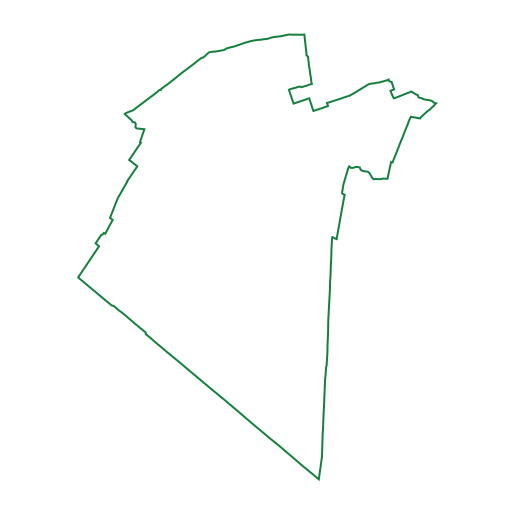 the district of Posta Calnau, Buzau, Romania, rotated 91°
{"feature_id": "2599482B12204688423442", "entity_name": "Posta Calnau", "entity_type": "district", "adm_level": 2, "iso_a3": "ROU", "parent_name": "Romania", "parent_adm1": "Buzau", "projection": "albers", "projection_center": [26.87, 45.248], "detail": "fine", "context": "isolated", "style": "outline", "palette": "green", "viewbox_px": 512, "rotation_deg": 91, "n_neighbors": 0, "source": "geoboundaries", "source_scale": "gbopen_adm2", "svg_char_len": 5428}
<svg xmlns="http://www.w3.org/2000/svg" viewBox="0 0 512 512"><g transform="rotate(91 256 256)"><path d="M308.3,397.6L308.7,397.1L309.0,396.7L309.2,396.4L310.5,394.8L311.5,393.6L312.0,393.1L312.9,392.0L313.8,390.7L314.7,389.2L315.1,388.9L315.4,388.5L316.8,386.7L319.1,383.9L322.1,380.2L325.4,376.3L329.8,370.8L334.4,365.0L334.7,364.8L335.1,364.8L335.5,364.9L336.0,364.9L340.2,359.5L340.4,359.4L344.1,355.0L354.9,341.7L364.2,329.9L364.3,329.7L367.0,326.5L371.4,321.1L386.7,302.2L389.1,299.2L390.9,297.0L394.3,292.7L397.9,288.3L397.8,288.2L409.2,274.3L412.4,270.3L412.7,270.0L412.8,269.8L414.4,268.0L414.4,267.9L414.5,267.7L414.9,267.3L418.2,263.4L426.6,253.1L436.4,241.0L438.9,237.9L439.1,237.6L442.8,232.8L444.9,230.1L451.1,222.6L454.1,219.0L456.2,216.4L463.7,207.4L464.9,205.9L466.9,203.4L467.2,203.0L467.3,202.8L468.0,202.0L470.8,198.5L473.6,194.9L475.7,192.4L478.2,189.3L456.9,186.7L456.2,186.6L450.9,186.5L445.6,186.4L434.4,186.3L428.0,186.0L413.8,185.7L405.8,185.4L395.7,185.2L389.1,185.0L382.1,184.9L375.9,184.6L374.5,184.4L368.3,184.1L366.0,184.0L364.9,183.6L362.9,183.4L350.9,182.9L342.4,182.9L331.6,182.6L318.3,182.6L301.6,182.0L288.5,181.5L284.6,181.5L279.3,181.4L272.7,181.1L270.0,181.1L267.3,181.1L262.6,180.9L257.9,180.8L253.8,180.7L251.3,180.7L249.1,180.7L243.5,180.5L238.7,180.4L237.4,180.3L235.8,179.9L237.8,175.8L237.8,175.7L237.7,175.7L212.9,171.7L203.5,170.2L197.6,169.2L193.2,168.4L192.8,169.5L192.3,170.6L192.0,171.0L190.0,170.9L188.6,170.6L187.7,170.5L185.9,170.3L184.4,170.1L181.6,169.5L178.5,168.6L172.6,167.0L169.5,166.1L166.4,165.2L164.8,164.4L166.2,162.7L166.3,161.1L165.7,159.0L165.1,157.7L165.3,155.8L165.6,153.8L167.4,153.1L168.6,152.1L169.1,150.7L169.4,148.9L169.6,147.1L169.8,145.7L170.5,144.6L171.7,143.6L174.5,142.0L176.3,140.9L177.2,139.7L176.8,137.3L177.1,134.6L177.0,133.2L176.4,130.5L176.5,125.9L175.5,125.7L169.5,124.5L159.8,122.6L160.2,121.9L160.3,121.6L160.2,121.3L159.8,121.0L156.2,119.7L151.7,117.9L147.4,116.3L142.9,114.7L137.6,112.7L135.0,111.6L132.2,110.6L129.4,109.6L127.2,108.8L125.2,108.0L121.5,106.5L117.8,105.3L115.9,104.4L114.1,103.6L115.6,94.3L115.0,93.9L114.1,93.3L112.8,91.9L111.7,90.7L111.0,90.0L109.3,88.2L108.3,87.3L107.3,85.8L106.4,84.5L105.0,83.4L103.4,81.5L100.2,78.6L100.0,79.2L99.8,80.2L99.6,80.7L99.5,80.9L99.1,81.5L98.5,82.0L98.2,82.5L97.9,82.9L97.7,83.5L97.5,84.3L97.2,85.4L96.7,89.0L96.7,89.6L96.5,90.4L96.3,91.1L96.1,91.8L95.7,92.4L95.3,93.5L95.1,94.1L95.0,94.7L94.9,95.1L94.7,95.7L94.7,95.9L94.5,96.2L94.4,96.3L94.1,96.5L93.6,96.6L93.0,96.7L92.7,96.8L92.2,97.2L92.1,97.5L92.0,97.9L91.9,98.3L91.7,98.8L91.4,99.4L90.7,100.4L90.2,101.2L89.7,102.2L89.4,102.7L89.1,103.3L88.8,103.7L89.2,104.2L89.3,104.4L89.7,105.3L90.3,107.0L90.6,107.6L90.8,108.3L91.6,110.1L93.4,114.4L95.3,119.0L96.0,120.8L95.9,121.0L92.6,122.7L88.5,124.4L88.2,123.8L87.5,122.0L87.2,121.4L87.0,120.8L84.6,121.7L79.5,123.5L79.5,124.2L79.4,124.7L79.1,125.3L79.0,125.5L78.7,125.9L78.5,126.1L78.3,126.2L77.9,126.4L77.4,126.5L77.6,126.7L77.7,127.0L77.9,127.8L78.1,128.3L78.5,129.8L79.1,131.5L80.1,135.2L80.3,135.8L80.5,136.6L80.6,137.2L80.6,137.7L80.7,138.5L80.8,139.0L81.0,139.6L81.3,140.9L81.4,141.9L81.5,142.9L81.6,143.6L81.8,144.5L82.1,145.5L82.2,146.1L82.4,146.5L85.5,151.4L85.7,151.7L86.7,153.4L88.6,156.3L89.1,157.1L89.8,158.0L93.0,163.4L94.0,165.1L94.1,165.3L94.2,165.6L95.1,168.3L96.2,171.5L97.4,174.6L97.8,175.8L98.9,179.1L99.4,180.6L101.8,187.7L104.8,186.6L106.6,191.5L108.4,196.6L110.0,201.1L106.9,202.3L106.7,202.3L105.3,202.8L103.5,203.4L103.3,203.5L97.4,205.5L98.2,207.7L103.0,221.1L89.2,226.0L88.6,224.8L87.9,222.5L86.9,218.7L86.4,217.6L86.1,216.4L85.9,215.2L85.9,214.4L86.2,214.0L86.4,213.5L86.3,213.2L85.8,211.5L85.5,210.8L85.2,209.2L84.2,206.8L83.5,204.8L83.1,203.2L79.9,203.9L78.5,204.0L77.2,204.1L72.0,205.2L69.0,205.5L64.7,206.4L61.7,206.7L59.0,207.1L57.8,207.1L55.8,207.6L55.2,208.2L54.4,208.9L53.8,209.2L53.1,209.0L51.2,209.3L37.0,211.1L33.8,211.5L33.8,212.7L34.0,213.9L34.0,214.5L34.0,219.1L34.0,221.8L34.1,222.6L34.1,223.4L34.1,224.1L33.9,226.6L34.2,228.1L35.5,233.4L35.8,234.9L36.9,242.7L37.5,244.9L38.4,247.6L38.6,247.9L38.9,249.8L39.0,250.9L39.1,251.7L39.3,253.2L39.7,255.1L39.8,256.5L40.2,259.8L40.4,260.7L40.6,261.8L41.1,264.5L42.2,268.1L43.3,271.7L44.1,273.7L44.4,274.6L47.0,281.7L48.1,286.2L49.2,289.6L50.1,290.6L50.6,291.5L50.8,292.6L52.3,300.2L52.5,303.0L53.1,306.3L54.0,307.4L55.5,309.0L56.7,310.2L58.1,311.9L58.4,312.3L58.7,312.7L58.7,313.4L58.8,313.8L59.4,314.6L60.5,316.1L62.1,318.0L64.3,320.7L66.5,323.4L67.6,324.9L68.0,325.4L68.6,326.1L68.8,326.5L69.3,327.0L71.8,330.2L72.4,331.2L73.4,332.3L74.6,333.8L76.1,335.5L76.9,336.6L78.9,338.9L80.4,340.7L84.8,346.1L86.7,348.5L87.3,349.5L88.2,350.7L88.7,351.3L88.9,351.5L90.6,353.7L91.6,354.0L91.5,355.1L91.6,355.4L92.0,355.9L92.7,356.6L94.1,358.1L97.0,361.7L100.9,366.8L102.5,368.8L102.9,369.3L108.5,376.5L110.5,378.9L112.1,380.9L112.3,381.1L113.0,382.8L114.2,385.8L115.0,387.7L115.5,388.8L116.0,389.3L116.3,389.7L120.0,385.5L122.4,382.8L124.1,381.8L124.7,379.3L126.2,378.5L129.4,378.8L130.5,377.7L131.2,369.8L138.5,372.2L143.6,373.8L144.3,374.0L144.8,373.1L162.2,384.5L167.6,377.2L168.5,376.3L183.7,386.3L183.9,386.0L184.1,386.1L201.0,395.4L220.4,402.6L220.5,402.6L222.4,399.9L228.5,403.1L236.4,407.1L235.6,408.6L237.3,409.8L237.5,411.0L246.1,416.6L249.0,413.1L268.5,425.7L280.4,433.4L280.7,433.3L283.1,430.3L302.8,405.9L308.0,399.3L308.2,398.6L308.3,397.6Z" fill="none" stroke="#15803d" stroke-width="2"/></g></svg>